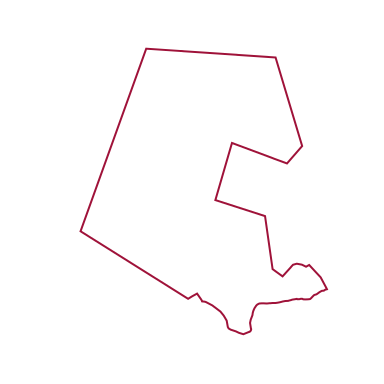 Sadat City, Al Buhayrah, Egypt, rotated 79°
{"feature_id": "37247803B47904528840221", "entity_name": "Sadat City", "entity_type": "district", "adm_level": 2, "iso_a3": "EGY", "parent_name": "Egypt", "parent_adm1": "Al Buhayrah", "projection": "mercator", "projection_center": [30.833, 30.358], "detail": "fine", "context": "isolated", "style": "outline", "palette": "rose", "viewbox_px": 384, "rotation_deg": 79, "n_neighbors": 0, "source": "geoboundaries", "source_scale": "gbopen_adm2", "svg_char_len": 1876}
<svg xmlns="http://www.w3.org/2000/svg" viewBox="0 0 384 384"><g transform="rotate(79 192 192)"><path d="M167.9,75.1L75.9,84.3L42.6,209.6L209.3,308.9L296.1,216.2L294.4,211.7L292.7,206.4L298.8,203.7L300.6,203.0L301.3,203.0L301.4,202.8L301.4,202.5L301.6,202.0L301.7,201.6L301.8,201.2L302.0,200.8L302.1,200.4L302.3,200.0L302.5,199.7L302.7,199.3L307.2,193.7L309.0,192.1L309.3,191.8L314.8,186.9L319.3,184.5L320.1,184.2L324.9,182.5L331.3,182.6L332.5,182.2L332.9,182.1L334.5,180.3L337.2,175.5L339.2,172.8L341.4,168.7L340.4,163.6L340.3,162.9L340.3,162.7L340.2,162.6L340.2,162.4L340.2,162.2L340.1,161.9L340.0,161.7L339.9,161.6L339.9,161.4L339.7,161.2L339.4,160.9L339.2,160.7L338.9,160.5L338.7,160.4L338.4,160.3L338.3,160.2L338.2,160.2L337.9,160.2L337.7,160.1L337.4,160.1L337.2,160.2L331.6,160.0L328.5,158.7L324.5,156.2L322.2,155.4L321.6,155.1L320.4,154.5L319.9,154.1L319.3,153.8L317.5,152.4L316.6,151.4L315.8,150.7L314.9,149.3L314.7,148.5L314.5,148.1L314.4,147.5L314.3,146.9L314.4,146.4L314.6,144.7L314.9,143.1L315.7,140.0L315.8,139.2L316.0,136.8L316.2,136.0L316.2,135.4L316.3,134.5L316.3,134.1L316.9,131.1L317.0,129.0L317.0,127.2L317.0,126.9L316.9,125.0L316.8,124.0L316.8,121.1L316.9,120.6L317.2,118.5L317.2,118.0L317.1,117.7L317.0,115.5L316.8,114.3L316.8,113.6L316.9,111.4L316.9,109.9L316.9,109.5L317.3,109.2L317.6,107.8L317.7,107.3L317.6,105.5L317.8,104.6L318.0,103.9L318.6,103.3L318.8,102.3L318.9,102.0L319.1,101.1L319.3,99.7L319.4,99.1L319.6,97.4L319.6,96.5L319.0,95.4L317.9,93.9L316.6,92.0L316.4,91.4L316.3,90.4L316.2,89.4L315.8,88.4L314.7,86.1L313.8,83.5L314.0,81.4L313.4,80.1L313.3,79.6L313.2,78.1L312.3,78.3L300.3,82.0L293.9,86.0L286.0,90.9L287.1,94.3L284.3,98.0L282.4,102.8L282.7,106.7L284.3,108.9L284.7,109.3L292.1,119.2L283.1,127.6L229.6,124.9L204.4,170.6L151.5,143.4L174.3,106.1L174.6,105.7L182.1,93.3L167.9,75.1Z" fill="none" stroke="#9f1239" stroke-width="2"/></g></svg>